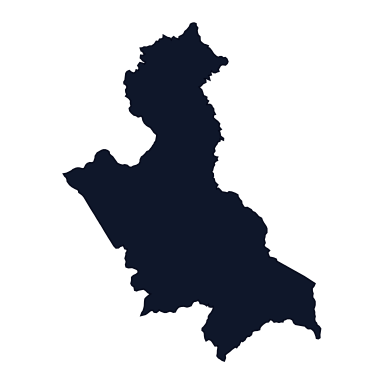 Campo Largo, Paraná, Brazil (Albers equal-area conic projection)
{"feature_id": "56859067B88881435376301", "entity_name": "Campo Largo", "entity_type": "district", "adm_level": 2, "iso_a3": "BRA", "parent_name": "Brazil", "parent_adm1": "Paraná", "projection": "albers", "projection_center": [-49.618, -25.266], "detail": "fine", "context": "isolated", "style": "filled", "palette": "ink", "viewbox_px": 384, "rotation_deg": 0, "n_neighbors": 0, "source": "geoboundaries", "source_scale": "gbopen_adm2", "svg_char_len": 5971}
<svg xmlns="http://www.w3.org/2000/svg" viewBox="0 0 384 384"><path d="M319.9,337.7L319.7,334.7L320.6,328.7L319.0,326.4L317.1,325.1L316.4,323.0L315.1,321.7L314.5,319.0L315.1,316.4L314.5,314.3L314.6,312.1L313.7,309.0L314.4,307.2L315.0,305.0L315.0,301.5L314.0,299.4L312.6,297.5L312.6,295.4L313.0,293.7L312.2,291.2L312.1,288.3L313.9,286.1L315.0,283.6L304.2,276.6L292.7,270.2L276.8,261.3L276.2,259.2L273.8,258.1L271.9,257.7L269.4,257.2L268.4,254.6L267.7,252.5L269.5,250.5L267.9,249.1L265.1,247.4L263.8,245.3L265.1,242.9L264.1,239.4L264.8,237.0L265.0,234.7L266.8,232.5L266.8,228.6L266.0,226.6L264.7,224.6L263.6,223.0L262.3,220.6L261.5,218.3L259.9,217.4L258.5,216.7L257.1,214.9L254.9,212.6L252.5,211.6L251.2,209.7L247.4,207.5L245.4,207.7L243.9,207.2L241.8,203.7L241.5,201.2L239.7,199.4L238.0,196.7L237.8,194.9L235.3,193.5L231.6,192.1L229.0,191.8L227.4,193.1L225.4,192.5L222.0,192.0L220.3,190.1L218.5,188.3L216.8,189.0L216.5,186.7L217.8,184.8L216.2,183.4L214.7,181.7L214.1,178.8L212.6,177.7L213.4,176.2L213.2,173.6L211.5,172.0L212.5,170.3L213.3,166.8L214.5,164.8L214.0,163.1L215.7,161.2L217.5,160.3L216.8,158.8L217.6,157.1L215.9,156.9L213.7,155.8L213.0,153.6L214.9,151.0L214.1,148.4L215.5,145.7L216.9,144.0L217.5,142.1L219.9,141.0L220.2,138.7L223.4,140.1L223.5,138.4L220.5,136.2L219.8,132.3L218.8,130.7L221.2,129.3L219.9,127.9L218.9,126.3L219.6,123.8L217.7,121.5L215.2,119.6L213.2,117.7L213.5,114.9L215.3,114.3L213.7,111.3L213.6,108.8L212.2,107.1L211.5,105.4L209.9,104.4L206.8,104.5L207.4,102.6L208.5,101.0L206.4,99.5L206.8,97.2L205.1,96.3L203.5,95.7L202.5,92.2L201.6,89.7L200.3,88.6L199.1,87.0L201.3,85.6L202.9,83.7L205.8,82.3L205.7,80.5L204.5,78.6L206.6,78.6L209.8,80.0L209.3,78.2L208.7,75.5L211.3,74.9L210.7,72.8L211.5,71.0L213.5,72.5L215.2,72.7L217.2,71.8L218.9,71.3L218.2,69.3L219.2,67.7L220.5,65.4L222.5,64.6L225.5,65.0L227.2,63.4L227.9,61.6L226.8,58.9L225.3,57.6L223.3,58.0L221.7,56.7L219.9,56.7L218.3,57.4L216.5,56.6L213.8,54.2L212.8,52.8L211.5,50.7L209.5,48.2L207.5,47.6L208.2,45.8L205.9,44.9L203.9,44.4L202.0,42.9L200.3,41.3L200.0,39.6L199.9,36.7L198.2,35.1L197.4,33.0L197.0,30.5L197.7,27.9L196.1,25.8L196.0,23.7L194.1,23.0L192.3,23.3L190.5,24.2L189.5,26.7L188.5,28.0L187.0,29.8L185.0,31.4L183.9,33.8L182.5,35.1L179.2,36.7L178.8,39.3L175.3,38.1L173.7,36.7L172.2,37.9L171.3,39.9L169.8,38.0L167.3,37.5L163.3,35.2L163.2,37.9L161.7,39.0L159.6,39.2L158.5,41.6L156.3,41.3L154.5,44.1L151.7,46.1L149.5,46.1L146.9,47.2L144.0,47.0L142.4,48.0L140.3,48.1L141.2,50.9L142.7,51.4L143.5,53.1L144.8,54.0L143.0,55.5L140.7,55.2L140.4,58.0L141.7,59.2L142.7,60.6L145.5,62.1L144.5,64.0L142.6,63.3L139.9,62.6L137.8,65.5L139.2,67.8L138.5,70.5L136.2,69.9L135.6,71.9L134.1,73.1L132.6,72.8L131.1,72.1L129.3,70.6L127.1,71.6L125.9,73.3L125.5,76.6L125.1,80.1L123.9,82.0L124.1,83.8L125.6,84.4L127.0,86.5L126.8,88.1L125.7,89.8L125.9,92.1L126.9,94.4L125.7,96.2L127.6,97.3L129.1,98.5L130.7,100.7L130.5,103.2L131.2,106.2L129.3,108.3L129.8,110.8L131.4,112.8L133.9,115.0L136.3,115.6L138.1,116.9L139.6,116.5L141.1,115.8L142.4,117.2L143.0,120.3L144.4,123.0L146.6,125.2L148.3,126.3L150.5,127.4L152.7,130.3L153.9,132.2L155.6,133.7L156.8,134.6L156.7,136.4L155.8,141.2L154.6,142.5L154.1,144.1L152.7,145.9L151.9,147.4L150.7,148.8L149.2,150.8L146.9,151.7L145.3,153.8L143.3,155.8L141.5,157.0L140.3,159.6L140.2,161.7L139.2,163.8L136.6,165.4L133.3,166.3L131.7,167.3L129.6,167.4L127.1,165.3L124.7,164.8L122.5,165.3L120.2,164.7L117.3,163.4L112.5,156.7L111.2,155.8L109.4,154.1L109.0,151.8L107.6,150.7L105.5,149.9L103.2,149.9L101.6,150.5L97.3,152.9L95.3,156.0L95.2,158.0L94.6,159.8L93.9,161.9L92.2,162.9L89.6,162.7L87.3,163.6L85.9,165.1L84.2,168.5L82.5,168.9L79.5,168.1L77.8,168.0L76.0,168.3L72.9,169.7L71.7,170.8L68.4,172.5L66.4,173.4L63.4,173.9L64.8,176.2L66.2,177.4L67.0,179.0L67.3,181.4L69.6,184.6L72.0,186.6L75.3,188.5L77.2,189.3L78.6,190.4L78.9,192.4L80.4,193.4L82.6,195.1L84.2,197.1L91.0,208.5L93.7,212.8L94.8,214.5L97.5,219.1L99.0,221.4L99.8,222.9L101.2,224.9L104.7,230.9L105.8,232.7L107.3,235.1L108.4,237.0L111.2,241.4L113.9,245.8L116.0,248.0L118.5,247.8L120.0,246.4L123.4,245.3L124.8,248.7L127.2,249.3L127.1,251.5L126.0,253.1L126.1,254.9L125.1,258.4L126.3,261.1L126.1,262.9L125.6,264.7L126.1,266.9L128.3,267.7L132.2,267.4L136.9,269.3L138.1,270.5L138.2,272.7L136.2,274.4L133.4,275.7L131.7,277.3L131.7,280.8L131.0,283.5L131.9,285.3L134.1,286.9L134.7,290.2L136.6,290.8L138.2,290.1L143.6,289.0L145.8,290.4L148.0,292.6L150.6,294.0L148.2,295.9L146.2,297.6L145.0,299.0L144.7,301.5L144.5,306.1L143.9,308.7L143.1,311.1L142.0,312.5L140.9,315.5L145.3,314.4L146.8,313.5L150.8,310.4L153.0,310.4L154.1,312.1L156.4,312.4L158.0,311.2L159.1,310.0L160.9,311.0L164.3,312.3L166.3,312.3L169.7,311.0L171.3,311.3L173.3,312.2L175.2,311.9L176.4,309.5L178.5,307.1L181.0,306.3L183.8,306.1L187.0,306.9L188.7,306.5L191.1,305.6L192.2,303.2L193.7,301.4L195.9,301.1L198.2,300.2L199.7,301.9L200.2,303.5L203.0,303.8L205.4,304.7L206.7,305.8L208.4,304.4L209.1,306.7L211.2,307.1L212.9,306.4L213.3,308.8L212.1,311.3L210.9,313.2L209.7,314.4L208.5,316.4L208.4,319.1L207.2,320.3L206.9,322.3L206.0,324.1L203.9,326.8L202.3,328.3L202.1,330.3L203.9,331.8L204.5,333.6L204.6,335.9L205.0,338.3L206.1,340.8L208.7,339.2L210.8,340.1L212.1,341.4L215.0,345.9L217.6,345.7L218.1,347.5L217.6,350.4L217.5,353.5L217.0,355.9L218.5,357.8L220.4,358.9L222.1,360.2L224.3,361.0L225.4,357.9L225.0,355.1L226.4,353.7L229.8,351.2L232.1,349.1L235.2,346.9L236.7,347.6L237.8,345.9L239.2,344.9L239.8,343.2L241.1,340.8L242.7,341.5L244.9,339.8L245.9,337.8L247.5,336.3L249.4,336.3L251.4,334.7L252.2,331.5L254.6,330.5L257.4,330.3L259.6,329.6L259.9,327.7L261.3,325.8L263.0,324.2L264.5,323.1L266.0,322.1L268.5,321.8L270.0,319.5L272.3,320.1L274.1,322.1L276.4,321.6L279.0,322.3L281.1,321.7L282.9,321.9L283.4,320.2L284.9,319.7L287.1,318.6L290.2,318.6L292.7,319.9L293.8,322.8L295.5,324.3L300.5,325.2L305.1,326.0L306.4,327.5L308.1,328.7L311.1,328.6L312.6,329.8L314.1,331.3L315.2,333.7L316.1,336.3L316.5,338.3L318.3,338.7L319.9,337.7Z" fill="#0f172a" stroke="#020617" stroke-width="1.5"/></svg>